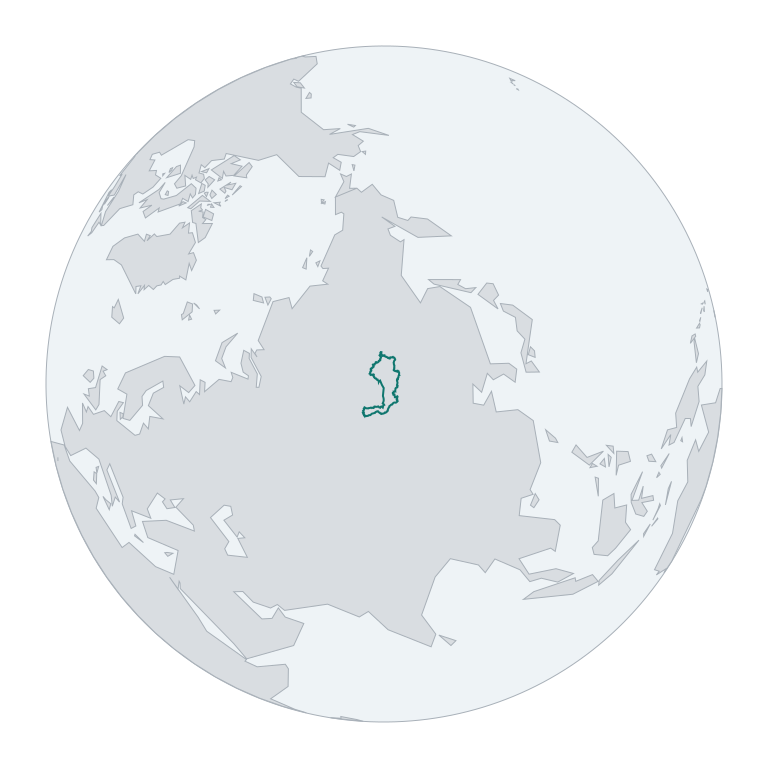 Buryat on an orthographic globe, rotated 309°
{"feature_id": "RUS-2606", "entity_name": "Buryat", "entity_type": "Republic", "adm_level": 1, "iso_a3": "RUS", "parent_name": "Russia", "parent_adm1": "", "projection": "orthographic", "projection_center": [108.984, 53.605], "detail": "fine", "context": "on_globe", "style": "outline", "palette": "teal", "viewbox_px": 768, "rotation_deg": 309, "n_neighbors": 0, "source": "natural_earth", "source_scale": "10m", "svg_char_len": 17529}
<svg xmlns="http://www.w3.org/2000/svg" viewBox="0 0 768 768"><g transform="rotate(309 384 384)"><circle cx="384" cy="384" r="338" fill="#eef3f6" stroke="#a8b0b8"/><path d="M577.5,106.9L582.6,111.4L581.3,109.7L590.0,116.1L587.0,113.8L588.7,117.1L595.8,125.0L590.8,130.6L565.5,127.1L564.2,122.0L558.3,122.4L559.5,129.1L561.8,133.5L543.1,148.7L543.6,177.0L555.0,189.3L543.7,184.6L572.8,210.9L580.3,231.4L564.9,206.4L558.0,202.5L559.7,215.1L553.0,213.9L549.9,219.6L541.7,217.3L533.4,203.6L527.9,202.1L529.4,211.2L522.2,215.1L520.8,201.9L508.0,207.7L491.7,187.3L494.7,156.3L478.8,145.7L463.8,116.3L458.3,118.3L449.1,109.4L439.4,108.6L439.4,104.0L431.6,107.4L433.5,111.8L430.7,115.0L425.1,115.1L424.1,109.0L426.8,108.1L423.6,106.4L425.5,103.4L421.4,105.0L420.8,98.0L413.1,105.2L405.8,99.8L407.7,95.2L418.2,95.4L448.8,87.2L454.0,83.7L450.6,78.0L421.7,67.0L422.9,63.7L416.7,59.4L411.1,60.9L413.9,65.0L401.9,67.4L406.8,72.8L402.7,74.8L403.4,81.1L391.7,80.6L379.9,77.0L378.7,72.0L373.5,70.5L365.3,76.0L354.0,68.3L330.8,66.4L329.2,64.7L342.8,59.1L366.6,56.4L384.4,51.7L361.1,55.5L357.4,52.3L351.8,52.3L345.2,53.3L342.0,55.0L338.3,54.4L359.9,49.7L363.6,50.1L356.7,51.4L367.9,50.4L382.4,48.4L379.4,47.5L404.5,47.2L402.7,46.8L407.1,46.9L408.4,47.4L407.0,46.9L432.9,49.6L458.6,54.4L483.9,61.2L508.5,69.9L532.4,80.4L555.5,92.8L577.5,106.9ZM702.3,295.1L699.7,291.6L700.7,289.3L702.3,295.1ZM698.5,292.6L699.4,293.1L698.7,293.3L698.5,292.6ZM698.3,294.8L698.5,293.2L698.6,295.5L698.3,294.8ZM698.4,298.4L698.2,296.2L698.4,296.7L698.4,298.4ZM697.5,302.4L697.1,303.3L696.7,300.9L697.5,302.4ZM563.9,135.9L560.3,129.4L561.6,124.1L565.4,129.4L563.9,135.9ZM560.4,147.3L556.8,143.6L563.7,142.6L563.6,145.0L560.4,147.3ZM564.6,198.8L562.9,192.2L566.9,199.1L564.6,198.8ZM550.9,220.8L553.5,223.2L550.8,225.1L550.9,220.8ZM409.7,81.0L406.6,81.0L408.1,79.8L409.7,81.0ZM413.0,83.8L417.0,82.5L419.1,83.6L416.6,84.4L413.0,83.8ZM535.8,223.7L530.7,226.5L534.5,221.2L535.8,223.7ZM407.6,85.3L422.4,85.9L426.0,88.1L419.6,93.2L407.6,85.3ZM526.7,226.5L514.4,234.1L519.1,239.7L498.7,228.6L516.0,225.5L519.9,218.0L521.6,224.2L526.7,226.5ZM436.5,113.2L434.2,108.5L441.2,112.4L436.5,113.2ZM441.7,115.1L467.2,123.8L467.8,131.3L459.1,126.6L463.9,136.6L451.6,135.9L446.2,130.3L448.3,125.5L442.0,129.0L441.7,115.1ZM489.4,221.6L485.2,221.6L488.0,219.0L489.4,221.6ZM430.1,116.6L435.2,117.5L436.1,123.9L426.0,123.3L428.9,121.4L430.1,116.6ZM471.2,139.8L470.0,144.8L459.8,145.5L457.9,147.6L451.4,136.6L471.2,139.8ZM425.9,120.0L420.8,122.9L415.4,120.1L425.2,116.2L425.9,120.0ZM440.5,126.0L440.4,129.1L437.2,127.1L440.5,126.0ZM393.1,112.5L399.2,113.0L400.2,116.3L393.1,112.5ZM419.3,124.2L421.2,125.2L422.3,126.7L417.9,128.1L419.3,124.2ZM444.6,138.0L440.5,137.4L446.7,142.5L439.3,143.6L436.2,136.2L434.4,139.8L432.1,140.2L432.2,133.8L444.6,138.0ZM416.6,134.1L410.2,125.6L398.6,123.6L397.5,120.5L416.3,124.2L416.6,134.1ZM425.8,134.4L419.8,133.4L421.4,129.8L426.4,128.3L425.8,134.4ZM435.3,147.1L447.5,147.4L447.8,149.0L435.3,147.1ZM412.9,134.1L414.6,136.2L411.9,134.4L412.9,134.1ZM428.1,143.8L432.4,143.6L432.5,145.5L428.1,143.8ZM414.2,140.7L412.2,137.9L415.5,136.7L414.2,140.7ZM420.3,142.7L419.5,145.4L417.9,137.9L422.2,142.3L420.3,142.7ZM427.5,145.6L429.0,146.7L425.7,145.5L427.5,145.6ZM402.7,147.3L400.0,138.3L407.4,135.5L409.0,144.5L402.7,147.3ZM129.8,161.4L135.3,173.8L126.4,188.3L119.0,226.8L116.3,233.8L106.3,238.5L92.1,283.4L100.4,285.5L98.3,321.4L103.8,340.4L125.0,328.8L116.0,297.1L125.2,282.8L141.0,300.5L150.4,329.2L154.3,324.6L157.3,299.8L168.7,300.3L159.4,290.9L156.4,299.2L150.5,293.8L153.0,286.0L156.9,286.2L156.6,276.5L138.0,278.6L132.9,287.3L126.6,267.6L117.5,280.5L112.6,278.4L126.1,256.0L131.8,252.5L149.4,221.1L142.8,222.7L125.8,252.8L127.0,246.3L118.0,249.8L125.8,242.0L146.2,209.7L146.6,192.7L131.2,185.6L134.8,175.5L145.0,161.9L166.7,152.7L156.2,176.6L163.7,174.6L179.5,161.6L175.0,170.3L180.2,168.2L177.6,177.3L187.3,183.4L186.7,192.3L203.5,188.9L205.5,193.2L195.0,193.8L187.4,199.4L187.4,222.8L191.3,225.6L202.2,221.7L200.8,229.1L211.4,222.4L217.8,234.2L218.9,214.5L231.7,210.5L242.7,214.9L247.1,210.3L229.3,203.3L222.0,203.8L215.5,209.8L195.8,209.4L193.0,202.8L214.3,190.6L212.6,180.2L229.9,176.1L267.4,196.1L276.4,208.2L263.9,238.0L254.4,237.6L254.1,226.4L242.4,241.1L249.1,237.8L247.9,244.2L259.9,242.8L259.7,247.3L271.6,238.5L272.7,243.9L265.1,249.4L283.8,252.9L289.6,263.7L293.9,262.4L296.9,257.9L302.2,275.2L305.1,273.5L304.6,267.1L310.1,259.8L321.9,253.8L323.1,260.1L319.0,263.1L312.1,279.2L301.0,286.8L302.7,288.9L312.6,283.8L321.0,264.0L327.8,258.7L325.1,268.3L326.6,264.4L330.4,263.7L335.2,269.2L338.6,258.9L378.2,245.9L391.4,255.8L384.7,265.2L413.5,264.9L426.2,277.5L425.6,271.4L439.1,268.0L435.3,263.9L436.0,260.8L468.9,251.9L477.5,255.1L491.0,245.7L490.7,242.8L485.1,239.7L498.7,228.6L519.1,239.7L518.8,245.8L531.8,249.2L529.1,262.7L532.8,276.0L522.2,289.8L526.1,299.6L530.8,299.9L539.6,314.0L541.5,343.1L519.3,318.1L512.4,277.1L513.4,293.3L507.0,289.5L503.6,295.4L504.8,307.3L508.8,308.7L479.2,329.1L470.0,361.3L485.6,357.9L494.9,366.1L498.0,403.0L466.6,454.0L478.7,468.0L479.1,477.8L467.9,484.8L467.0,470.7L456.1,466.3L457.3,457.6L439.0,465.1L439.9,453.1L425.2,465.4L430.3,474.8L446.0,472.1L432.9,488.8L448.3,504.2L449.5,523.0L421.5,555.3L393.9,564.0L392.1,569.3L381.5,562.5L366.8,571.9L386.0,602.0L385.2,609.8L361.7,622.4L361.3,616.8L333.2,598.9L327.5,616.4L348.7,633.9L356.0,650.5L339.4,643.7L332.1,628.5L322.2,621.7L325.2,606.6L317.8,580.3L301.1,581.4L302.8,571.3L290.0,545.5L266.2,545.2L228.1,558.6L222.2,581.7L209.4,586.0L195.6,541.8L197.4,515.0L187.4,511.4L177.4,478.7L145.5,449.2L145.5,439.9L138.5,436.8L132.2,419.6L133.9,404.9L128.0,398.0L124.6,437.0L131.4,444.5L143.5,442.8L140.7,453.9L147.4,472.4L123.9,478.4L84.0,450.2L87.7,430.7L96.8,354.4L100.8,350.9L101.2,350.3L101.8,348.9L94.8,353.1L98.9,339.0L85.8,386.3L80.3,401.8L83.3,450.5L81.1,450.4L84.4,463.4L104.1,483.7L102.5,488.9L88.6,499.8L68.0,494.0L75.1,519.4L79.6,530.6L69.7,508.0L61.5,484.8L55.0,461.0L50.2,436.8L47.3,412.3L46.1,387.7L46.7,363.0L49.2,338.5L53.4,314.2L59.4,290.2L67.1,266.8L76.5,244.0L87.5,221.9L100.1,200.7L114.2,180.5L129.8,161.4ZM121.8,176.7L118.9,179.1L121.8,176.7ZM152.6,370.2L163.3,386.9L172.0,367.6L176.9,372.6L178.0,364.5L172.6,366.2L177.4,345.3L186.9,348.8L192.5,341.9L189.2,336.0L171.0,333.2L163.9,362.6L155.7,363.9L152.6,370.2ZM356.1,52.6L354.3,52.9L347.6,53.6L350.7,52.7L356.1,52.6ZM317.7,61.7L312.5,60.6L318.4,60.5L321.8,58.6L338.5,56.6L329.2,63.8L330.4,60.7L317.7,61.7ZM358.1,56.7L348.6,56.7L359.4,56.5L358.1,56.7ZM211.2,150.0L205.9,154.9L200.4,154.6L201.2,145.0L209.2,145.1L211.2,150.0ZM199.7,162.1L220.6,153.6L220.9,159.8L217.2,157.6L215.3,162.6L208.8,160.6L188.7,175.4L182.5,176.3L187.4,157.1L189.2,162.6L194.3,157.2L199.7,162.1ZM273.4,126.4L282.5,124.3L271.4,140.2L264.3,140.5L264.6,130.4L273.3,124.3L273.4,126.4ZM393.5,94.8L397.7,94.0L398.0,95.5L394.6,97.5L393.5,94.8ZM395.9,112.4L375.5,100.2L379.3,98.5L362.9,94.1L366.4,88.2L376.9,91.1L367.3,83.7L378.2,83.9L370.6,79.5L393.6,86.7L403.0,87.1L391.2,88.8L387.7,94.1L389.1,96.5L399.8,104.0L418.4,108.2L417.9,114.7L412.6,118.2L408.1,118.1L409.8,113.8L402.5,116.9L401.6,110.7L395.9,112.4ZM351.1,163.1L355.1,156.7L340.2,164.5L339.2,157.2L337.6,158.6L332.5,154.2L323.6,151.4L324.7,147.9L320.7,148.4L317.3,145.7L312.3,145.3L312.5,139.1L306.3,138.2L309.9,135.8L299.2,136.0L307.3,133.2L303.7,129.9L297.8,134.4L311.3,105.0L310.7,95.8L305.9,90.1L320.4,86.7L334.2,90.4L345.6,98.4L344.1,108.0L350.9,105.1L352.2,109.0L346.2,109.7L356.1,111.1L355.6,114.6L365.8,123.4L380.4,123.9L384.5,127.5L378.5,129.1L386.8,131.5L378.2,137.1L381.0,139.9L375.3,148.4L362.1,150.3L366.2,153.3L362.1,160.3L351.1,163.1ZM400.7,149.6L385.3,152.9L377.1,150.7L390.4,136.8L389.1,133.6L397.4,125.2L409.0,128.7L405.6,130.7L405.0,133.5L401.6,131.3L403.9,135.2L399.2,138.2L399.7,142.1L394.5,142.0L400.7,149.6ZM119.8,236.3L119.0,240.9L119.0,247.0L113.4,249.6L119.8,236.3ZM133.3,214.0L133.5,217.2L125.5,223.2L126.5,218.7L133.3,214.0ZM140.4,214.1L134.1,216.9L138.0,212.7L140.4,214.1ZM195.8,196.7L196.8,200.1L194.3,201.7L190.6,201.3L195.8,196.7ZM306.9,186.8L310.5,182.9L312.4,183.7L324.0,179.5L325.7,184.9L319.3,189.5L306.9,186.8ZM119.6,326.5L114.0,324.4L114.9,319.8L116.6,321.4L119.6,326.5ZM110.5,285.1L109.4,296.8L109.0,285.7L110.5,285.1ZM310.7,191.9L315.2,189.5L313.3,193.7L310.7,191.9ZM327.5,188.7L326.3,193.4L327.2,185.1L327.5,188.7ZM92.3,554.7L91.0,552.3L97.2,561.0L98.4,559.7L106.0,573.8L108.8,580.1L92.3,554.7ZM441.8,681.5L452.0,681.0L451.6,681.7L441.8,681.5ZM431.1,679.9L442.8,679.0L429.0,681.7L431.1,679.9ZM447.4,678.6L459.3,675.6L464.5,673.6L463.5,675.3L447.4,678.6ZM423.1,680.4L379.9,680.6L362.8,677.4L366.8,674.8L394.4,676.7L423.1,680.4ZM365.4,674.6L339.5,663.1L304.4,627.9L316.9,631.1L353.7,654.5L351.3,657.2L367.1,666.0L365.4,674.6ZM428.5,658.7L426.0,667.3L402.1,667.3L391.3,665.9L383.8,654.5L388.0,648.8L396.9,649.2L431.5,627.1L443.6,631.6L432.9,641.4L442.7,648.7L428.5,658.7ZM223.4,584.6L229.8,601.4L222.9,600.6L223.4,584.6ZM445.7,610.0L431.6,621.2L444.5,606.7L445.7,610.0ZM453.4,596.0L454.2,601.4L448.6,596.7L453.4,596.0ZM391.6,577.4L382.2,578.3L382.0,574.1L394.0,570.5L391.6,577.4ZM450.2,538.4L449.8,551.4L447.9,555.9L443.8,548.5L450.2,538.4ZM331.5,238.3L313.5,237.8L301.7,241.8L296.7,250.7L296.0,238.4L314.2,232.1L331.5,238.3ZM372.3,244.1L376.5,236.9L379.8,240.5L379.3,242.7L372.3,244.1ZM371.2,239.4L366.7,229.8L372.4,226.1L374.8,234.4L371.2,239.4ZM338.0,209.8L332.5,209.1L334.3,205.6L338.0,209.8ZM507.3,698.6L505.6,699.2L493.5,703.3L427.5,719.1L413.4,720.4L417.9,719.4L407.0,715.8L411.7,715.7L409.9,711.1L449.5,702.2L478.1,685.8L499.1,681.7L515.5,667.7L536.7,661.3L529.7,671.0L550.9,666.6L567.4,643.9L578.1,653.5L592.0,648.1L593.2,649.4L573.2,664.0L552.1,677.1L530.1,688.7L507.3,698.6ZM647.2,595.9L645.8,597.6L644.1,599.3L646.6,596.5L648.8,593.9L647.2,595.9ZM660.3,576.6L661.4,575.7L660.2,577.4L660.3,576.6ZM659.3,577.7L661.3,574.5L660.7,576.0L659.3,577.7ZM648.1,583.5L649.8,580.9L650.5,580.9L648.1,583.5ZM467.1,678.8L481.5,670.8L489.3,668.7L467.1,678.8ZM645.9,583.8L641.6,587.6L642.2,586.2L645.9,583.8ZM646.4,581.2L646.0,580.2L648.4,581.1L646.4,581.2ZM638.4,585.2L643.5,583.3L637.8,586.0L638.4,585.2ZM635.2,588.2L631.4,590.1L631.7,589.4L635.2,588.2ZM590.6,620.4L605.0,620.4L593.0,627.6L579.7,629.4L568.7,639.9L544.2,649.5L550.0,643.9L546.8,639.8L521.1,646.2L515.9,643.9L525.2,638.7L508.0,640.3L526.8,633.2L534.4,638.8L544.9,629.0L563.0,623.5L580.3,618.2L593.9,616.4L590.6,620.4ZM526.7,650.3L529.9,649.3L527.0,652.4L526.7,650.3ZM624.2,591.7L629.7,591.0L629.0,592.4L626.2,593.9L624.2,591.7ZM597.1,613.4L611.9,598.4L615.3,596.3L605.5,609.3L597.1,613.4ZM608.4,596.5L615.2,593.1L618.7,594.3L617.3,596.2L608.4,596.5ZM488.4,653.2L487.6,655.5L482.7,654.8L488.4,653.2ZM494.7,650.6L509.5,649.4L493.4,652.7L494.7,650.6ZM449.6,650.0L454.0,655.0L467.8,649.7L457.2,656.1L466.5,663.2L463.3,666.7L454.1,659.0L450.8,668.7L444.6,669.2L441.4,661.5L447.6,650.6L453.7,645.5L478.6,640.1L449.6,650.0ZM494.7,644.1L490.7,638.5L493.7,633.5L497.9,636.1L494.7,644.1ZM479.0,624.2L468.5,617.4L459.1,621.9L478.2,607.1L485.1,616.2L479.0,624.2ZM470.0,606.7L461.2,611.0L470.3,602.5L470.0,606.7ZM458.9,608.3L457.8,602.1L464.8,602.1L458.9,608.3ZM474.7,606.3L476.3,595.4L479.9,601.2L474.7,606.3ZM454.7,588.0L469.9,596.8L450.2,594.6L449.2,572.9L457.5,571.6L454.7,588.0ZM499.8,484.7L497.6,477.7L505.1,474.4L504.5,480.1L499.8,484.7ZM527.4,458.7L506.4,471.2L489.1,481.6L494.6,484.0L491.1,497.2L482.6,487.0L494.4,470.8L507.5,465.3L509.1,454.0L518.5,444.2L515.8,430.9L519.8,423.8L526.3,434.4L527.4,458.7ZM514.1,425.4L512.8,400.6L527.1,400.3L530.6,405.7L525.2,417.1L517.9,416.5L514.1,425.4ZM516.7,394.7L509.7,394.1L493.1,360.0L493.2,352.9L513.3,377.8L507.8,378.7L509.4,387.4L516.7,394.7ZM486.7,224.8L485.3,221.9L488.9,223.7L486.7,224.8ZM433.6,258.7L435.3,254.8L439.4,256.7L433.6,258.7ZM442.1,245.2L436.2,245.7L441.9,242.5L442.1,245.2ZM423.2,247.5L433.6,244.6L424.3,251.2L423.2,247.5Z" fill="#d9dde1" stroke="#a8b0b8" stroke-width="1"/><path d="M351.3,393.0L351.0,392.8L350.4,392.0L349.0,391.5L348.8,391.1L348.0,390.6L347.8,390.2L347.8,389.8L347.4,389.7L347.5,389.4L347.4,389.2L347.2,389.1L346.9,389.2L347.1,388.6L347.0,388.3L347.3,388.1L347.4,387.8L347.7,387.8L347.8,387.7L347.7,387.5L347.7,387.3L348.2,387.0L348.4,386.2L348.1,386.2L348.5,385.5L349.3,386.0L349.6,385.4L349.9,385.2L350.1,385.0L350.0,384.8L350.1,384.6L350.7,384.7L351.3,384.7L351.6,384.4L352.0,384.3L351.9,384.0L352.0,383.8L352.7,383.8L353.1,383.7L353.4,383.5L353.5,383.5L353.5,383.9L353.8,384.4L353.8,384.6L353.6,384.8L353.7,385.1L354.1,385.7L354.4,386.2L355.0,386.8L355.1,387.1L355.7,387.3L356.0,387.7L356.3,387.9L356.6,388.2L357.1,388.4L357.2,388.7L357.9,389.4L357.8,389.7L358.0,389.8L358.6,390.3L358.5,390.5L358.7,390.9L359.0,391.0L359.2,390.7L359.5,390.7L360.0,391.0L360.3,390.8L360.5,391.0L360.8,391.1L360.8,391.5L361.0,391.8L361.5,392.5L362.0,393.1L362.5,393.3L362.6,393.5L363.0,393.7L363.0,393.9L362.9,394.2L362.9,394.6L362.8,394.9L363.0,395.2L363.0,395.5L363.2,396.0L364.2,395.8L364.6,395.9L365.0,396.3L364.9,397.9L365.4,397.7L365.6,397.4L366.0,397.4L366.4,397.1L367.4,397.0L367.9,397.3L368.1,396.9L368.1,396.5L368.0,396.3L368.1,395.2L369.9,394.7L371.2,394.0L372.3,393.0L373.2,391.9L374.0,390.7L380.7,386.3L382.0,382.9L384.2,378.8L382.9,378.4L382.5,378.5L382.8,378.2L382.9,377.9L383.0,377.7L383.1,376.6L383.0,376.4L383.3,376.2L383.1,375.9L383.0,375.4L383.2,375.2L383.3,374.8L383.3,374.6L383.3,374.4L383.1,374.3L383.0,374.1L382.9,374.0L382.9,373.4L382.8,373.1L383.0,372.7L383.0,372.4L383.0,372.2L383.3,372.1L383.4,371.5L383.4,371.2L383.6,370.7L384.0,370.2L384.7,370.4L384.9,370.2L384.8,369.9L384.6,370.0L384.4,369.8L384.0,369.6L384.0,369.4L383.8,369.3L383.8,369.0L383.5,368.5L382.7,368.2L382.6,367.8L382.7,367.7L382.9,367.4L382.9,367.2L383.1,366.9L383.2,366.7L383.1,366.4L383.8,366.4L384.0,366.1L384.4,366.0L384.5,365.9L384.7,366.0L385.1,365.9L385.4,365.5L385.8,365.5L386.2,365.8L386.5,365.7L386.9,365.2L386.9,364.6L387.0,364.4L387.2,364.2L387.5,364.1L388.0,364.4L388.4,364.3L388.8,364.6L389.0,364.6L389.0,364.8L389.4,364.9L389.7,364.7L390.1,364.9L390.5,364.7L391.0,365.0L391.3,364.6L391.7,364.4L391.6,364.1L391.7,363.8L391.9,363.2L392.3,363.2L392.4,363.3L392.5,363.8L392.8,363.9L393.1,364.3L393.4,364.1L394.1,364.1L394.5,364.5L395.2,364.5L395.5,364.1L395.8,363.9L396.1,364.1L396.0,364.5L396.2,365.1L396.6,365.3L396.7,365.5L398.2,365.8L398.7,365.4L399.6,365.8L399.8,366.1L400.0,366.2L400.3,366.1L400.3,365.9L400.5,365.7L400.7,365.3L401.2,365.2L401.7,365.3L401.9,365.2L402.2,365.1L402.7,365.0L402.9,364.6L402.9,364.2L403.4,363.2L403.5,362.5L404.7,362.5L405.2,362.2L405.4,362.2L405.9,361.5L406.8,361.4L407.1,361.9L406.9,362.0L406.6,362.4L405.8,362.8L405.6,363.2L405.3,363.4L405.2,363.6L405.3,364.4L405.2,364.7L404.8,364.9L404.9,365.2L405.7,365.3L405.7,365.8L406.2,366.1L405.8,366.3L405.9,366.9L406.2,367.5L406.4,367.7L406.3,367.9L406.3,368.2L406.3,368.4L406.4,368.7L406.7,368.9L406.8,369.1L406.8,369.3L406.7,369.6L406.8,370.1L406.7,370.5L407.0,370.7L406.9,370.9L407.0,371.1L407.0,371.4L407.3,371.8L407.2,372.1L407.3,372.3L407.7,372.1L407.9,372.4L408.7,372.1L409.0,372.5L409.1,372.9L410.0,373.5L410.4,373.7L410.3,373.9L410.5,374.0L410.4,374.2L410.6,374.3L410.7,374.9L410.8,375.0L410.9,375.3L410.7,375.5L410.8,375.8L410.5,376.2L410.5,376.4L410.5,376.5L410.4,376.7L410.3,377.0L409.8,377.1L409.7,377.4L408.6,377.3L406.7,378.0L406.4,378.3L406.4,378.5L405.3,379.5L405.3,379.8L404.9,380.2L404.9,380.4L404.7,380.7L404.3,380.9L404.0,381.0L403.9,381.1L403.5,381.3L403.2,381.8L402.7,381.9L402.6,382.2L402.2,382.4L401.8,382.5L401.4,382.6L401.5,382.8L401.4,382.9L400.8,383.2L400.8,383.3L401.2,383.8L401.2,384.0L401.0,384.3L401.1,384.7L401.4,384.9L401.5,385.1L401.5,385.3L401.6,385.6L401.8,385.5L402.0,385.7L402.4,385.8L402.2,386.5L402.4,386.5L402.6,386.3L402.9,386.5L402.8,386.8L402.9,387.0L402.6,387.1L402.7,387.4L402.6,387.6L402.7,387.9L402.3,388.7L401.8,389.1L401.6,389.2L401.0,389.5L400.5,390.3L400.3,390.1L400.0,390.2L399.4,390.2L398.9,390.5L398.2,391.1L397.3,391.2L397.1,391.0L396.8,391.1L396.7,391.3L396.7,391.7L396.4,391.9L395.9,391.7L395.6,391.8L395.5,391.4L395.1,391.6L394.9,391.9L394.7,392.1L394.5,392.5L394.2,392.7L393.9,393.2L393.5,393.7L393.0,394.0L391.6,394.6L391.4,394.7L391.4,395.0L391.2,395.0L390.8,395.4L390.9,395.8L390.6,395.9L390.2,396.3L389.7,396.4L389.3,396.2L389.2,395.9L387.9,395.7L387.6,395.8L386.4,396.7L385.7,396.9L385.4,397.3L385.3,397.1L385.0,397.2L384.3,396.4L384.1,396.7L383.8,396.8L383.3,396.7L383.1,396.7L382.7,396.4L382.4,396.6L382.3,396.9L382.2,397.0L382.1,397.4L381.7,397.8L382.4,398.4L382.5,398.7L382.2,399.0L381.6,399.1L381.3,400.3L380.6,400.8L381.0,401.3L381.9,401.7L382.1,401.8L382.4,402.1L382.8,402.1L382.8,402.3L382.6,402.6L382.0,402.5L381.5,402.9L381.1,402.8L380.8,403.4L380.6,403.2L380.3,403.3L380.0,404.0L379.9,404.1L379.6,404.0L379.4,404.3L379.4,404.6L379.5,404.7L379.5,405.0L379.3,405.4L377.9,405.3L377.6,405.1L377.2,405.1L376.7,404.7L376.4,404.0L375.7,403.4L375.2,403.2L374.4,403.1L373.6,403.3L373.3,403.1L373.0,403.1L372.9,402.8L372.7,402.7L372.0,402.5L371.4,402.5L370.3,402.1L370.0,402.2L369.4,402.6L368.7,402.5L368.2,402.7L367.8,402.7L367.5,402.9L366.8,402.9L365.9,403.6L365.6,403.8L365.3,403.8L364.4,403.4L363.9,403.7L363.7,403.7L363.1,403.3L362.6,403.3L362.4,403.1L362.3,402.6L361.2,402.5L360.6,402.0L360.1,401.8L359.8,401.2L359.0,400.8L358.9,400.4L359.0,400.2L359.2,399.9L358.8,399.3L358.8,399.2L359.0,398.7L358.9,398.5L359.0,398.3L358.7,397.6L358.8,396.7L359.0,396.4L358.5,395.9L358.3,395.8L358.0,395.6L357.7,395.6L357.4,395.3L356.7,395.1L356.0,395.2L355.7,394.8L355.2,394.7L353.2,393.2L351.3,393.0Z" fill="none" stroke="#0f766e" stroke-width="2"/></g></svg>